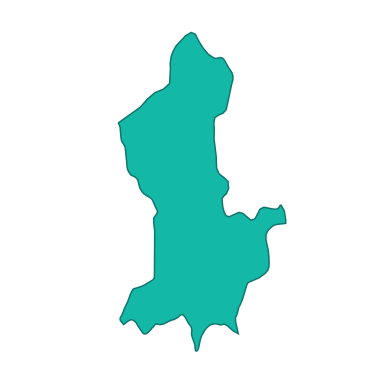 SVG path tracing the border of Yala, rotated 172°
{"feature_id": "THA-388", "entity_name": "Yala", "entity_type": "Province", "adm_level": 1, "iso_a3": "THA", "parent_name": "Thailand", "parent_adm1": "", "projection": "equal_earth", "projection_center": [101.243, 6.153], "detail": "fine", "context": "isolated", "style": "filled", "palette": "teal", "viewbox_px": 384, "rotation_deg": 172, "n_neighbors": 0, "source": "natural_earth", "source_scale": "10m", "svg_char_len": 2755}
<svg xmlns="http://www.w3.org/2000/svg" viewBox="0 0 384 384"><g transform="rotate(172 192 192)"><path d="M105.7,166.6L103.8,162.1L103.2,159.6L103.1,150.9L103.5,148.2L103.6,147.9L109.1,148.0L112.2,148.1L114.6,147.8L115.7,147.5L116.9,147.0L118.3,146.2L121.7,143.7L123.2,141.9L124.6,139.5L125.3,135.5L125.3,132.6L124.6,122.9L125.0,115.9L125.7,109.9L126.3,107.0L127.7,104.2L130.7,101.3L137.5,97.7L147.7,94.9L149.7,94.0L150.9,91.8L157.0,78.6L160.5,72.8L161.1,72.3L161.6,71.5L164.3,64.9L165.2,63.4L166.4,61.7L166.9,57.9L165.9,45.3L170.4,48.6L175.6,54.6L177.4,56.1L178.8,56.8L180.5,56.5L181.6,56.4L182.9,56.6L186.1,57.9L187.6,58.3L189.7,58.3L192.1,57.9L195.7,56.0L198.2,53.8L201.9,49.1L202.4,48.4L202.8,47.6L203.2,46.9L204.1,45.3L207.2,36.6L207.8,35.5L209.2,33.9L210.0,33.9L210.5,34.4L210.7,35.4L210.5,39.0L210.6,41.4L212.1,49.0L212.2,50.1L212.2,51.2L212.1,52.2L211.5,54.5L211.4,55.5L211.4,56.6L211.5,57.6L211.6,58.1L211.8,59.0L212.6,60.5L213.2,61.5L213.9,62.9L216.0,68.6L216.7,69.8L217.9,71.4L219.0,72.0L219.9,72.0L220.7,71.7L223.3,69.9L227.2,68.3L230.9,67.8L238.5,65.3L242.3,65.1L244.7,66.0L246.1,66.1L247.0,65.9L248.7,64.2L250.1,63.3L251.8,61.5L255.6,58.8L257.4,58.0L258.5,58.0L259.4,58.2L260.0,58.8L260.5,59.5L263.8,66.0L265.3,69.8L265.8,70.8L266.6,71.8L268.3,73.4L269.5,73.9L270.6,73.9L273.0,73.2L278.2,70.3L280.9,74.8L280.8,76.9L280.3,77.7L278.3,80.3L276.9,82.7L275.0,86.3L271.0,92.2L267.0,99.7L265.0,102.6L263.5,104.2L256.2,105.3L252.0,106.5L242.9,110.5L241.9,111.5L241.3,112.5L241.0,113.4L234.4,158.2L234.2,166.2L233.8,170.1L233.4,171.4L232.8,172.4L231.0,174.2L229.3,176.3L228.9,177.6L229.0,178.7L230.4,182.5L231.9,188.3L232.6,190.1L233.0,190.9L233.5,191.4L239.9,196.9L240.9,198.3L242.5,201.6L242.8,202.5L243.3,204.5L243.9,210.5L244.1,211.6L244.5,212.5L246.0,214.5L247.2,215.5L249.5,216.8L250.0,217.3L250.6,218.0L251.4,219.6L252.4,222.4L252.8,224.6L252.0,243.1L252.0,245.6L252.2,246.6L253.6,250.1L254.4,251.7L254.7,253.3L254.8,255.7L254.2,265.7L254.3,266.9L254.5,268.0L255.4,270.6L255.5,270.6L231.3,283.2L223.4,290.1L214.8,295.6L206.0,297.8L199.1,302.6L196.3,316.3L195.6,323.0L193.7,329.2L190.8,334.5L187.3,339.0L176.8,347.5L170.6,350.1L166.8,347.8L164.2,340.2L160.8,332.6L156.6,326.0L151.5,321.5L149.3,320.9L145.0,321.2L142.8,320.0L141.3,317.6L138.7,310.5L136.9,306.9L135.8,304.4L135.3,301.0L135.9,297.4L137.4,294.0L146.6,268.9L150.3,265.7L155.0,264.5L159.1,262.4L160.8,256.9L161.2,251.2L162.8,241.3L163.1,224.1L164.3,212.2L162.7,206.2L158.5,202.0L154.9,197.5L155.2,190.5L158.2,185.5L161.1,183.6L163.2,181.1L163.6,173.7L163.0,167.6L161.5,163.7L158.6,162.3L148.3,165.3L144.6,163.7L137.4,155.7L133.1,156.9L127.2,165.4L123.0,166.9L113.6,163.7L110.6,163.2L107.9,164.4L106.6,166.5L105.7,166.6Z" fill="#14b8a6" stroke="#0f766e" stroke-width="1.5"/></g></svg>